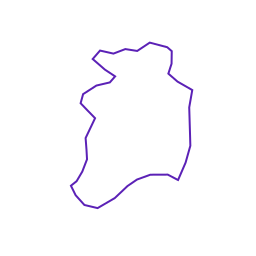 the District of Štrpce, rotated 311°
{"feature_id": "KOS-5914", "entity_name": "Štrpce", "entity_type": "District", "adm_level": 1, "iso_a3": "XKX", "parent_name": "Kosovo", "parent_adm1": "", "projection": "natural_earth1", "projection_center": [20.995, 42.226], "detail": "fine", "context": "isolated", "style": "outline", "palette": "violet", "viewbox_px": 256, "rotation_deg": 311, "n_neighbors": 0, "source": "natural_earth", "source_scale": "10m", "svg_char_len": 632}
<svg xmlns="http://www.w3.org/2000/svg" viewBox="0 0 256 256"><g transform="rotate(311 128 128)"><path d="M198.8,151.6L183.7,160.7L162.8,180.0L155.5,186.7L139.6,194.2L121.6,199.9L121.5,199.6L118.9,188.6L107.4,175.5L95.0,168.6L83.9,165.7L66.5,164.0L47.6,157.6L41.3,145.6L42.9,132.6L47.0,122.8L54.2,124.1L65.1,122.1L77.5,117.6L84.3,111.0L92.6,102.6L113.8,96.7L114.7,85.8L115.6,76.0L124.1,71.9L139.3,76.3L150.5,84.4L158.5,84.4L156.9,72.2L156.9,56.1L168.1,56.1L174.6,68.2L185.8,74.2L192.2,84.4L206.7,88.4L214.7,104.6L214.7,110.6L205.1,118.7L195.5,122.8L195.5,134.9L198.8,151.6Z" fill="none" stroke="#5b21b6" stroke-width="2"/></g></svg>